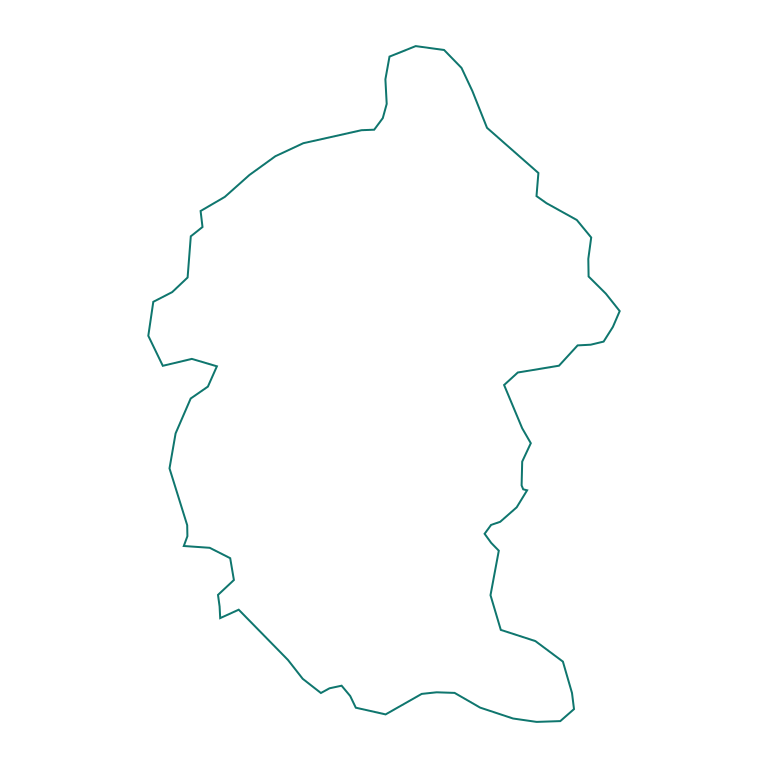 Kægalla, Mercator projection
{"feature_id": "LKA-2469", "entity_name": "Kægalla", "entity_type": "District", "adm_level": 1, "iso_a3": "LKA", "parent_name": "Sri Lanka", "parent_adm1": "", "projection": "mercator", "projection_center": [80.358, 7.113], "detail": "fine", "context": "isolated", "style": "outline", "palette": "teal", "viewbox_px": 768, "rotation_deg": 0, "n_neighbors": 0, "source": "natural_earth", "source_scale": "10m", "svg_char_len": 1189}
<svg xmlns="http://www.w3.org/2000/svg" viewBox="0 0 768 768"><path d="M320.9,693.0L302.7,678.8L288.0,660.0L238.7,609.7L220.2,618.1L219.6,606.5L218.0,594.9L233.9,580.0L230.2,558.2L209.7,547.8L183.8,546.0L187.4,536.2L187.2,525.2L169.5,468.4L175.6,433.4L190.7,398.5L207.9,386.6L216.9,366.3L191.8,358.9L162.8,365.8L148.3,335.8L153.3,301.8L172.2,292.1L187.6,277.5L190.8,236.3L202.5,227.0L200.6,211.0L224.8,196.9L249.4,175.0L275.4,156.2L303.3,143.2L361.5,130.2L374.2,129.7L382.8,118.1L386.7,103.9L385.4,79.3L389.5,56.6L415.7,46.1L444.1,50.0L461.5,67.9L472.4,91.1L487.0,127.8L538.4,173.0L536.5,196.1L546.5,203.2L576.8,220.0L591.2,237.5L588.3,258.9L588.6,276.5L605.8,293.6L619.7,311.1L612.9,326.9L603.6,341.6L590.7,344.7L577.6,345.4L559.0,365.7L517.8,372.5L504.1,385.0L522.2,428.3L530.8,443.2L522.2,461.6L521.6,485.4L523.2,489.3L527.1,490.3L516.7,507.3L500.2,521.8L491.1,524.9L484.6,533.8L491.2,542.9L498.8,550.7L490.5,595.2L500.8,629.9L535.4,641.1L562.9,661.6L572.0,693.0L574.0,709.1L560.3,721.1L536.6,721.9L513.0,718.5L480.1,707.6L454.6,692.9L436.6,692.3L421.7,693.9L385.6,714.4L355.8,707.7L350.2,696.0L341.6,685.7L329.5,688.3L320.9,693.0Z" fill="none" stroke="#0f766e" stroke-width="2"/></svg>